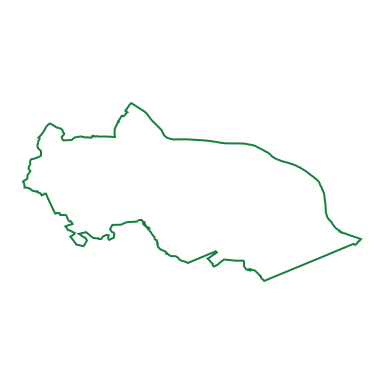 Ābeļu pag., Jekabpils, Latvia
{"feature_id": "27541924B70311937188190", "entity_name": "Ābeļu pag.", "entity_type": "district", "adm_level": 2, "iso_a3": "LVA", "parent_name": "Latvia", "parent_adm1": "Jekabpils", "projection": "natural_earth1", "projection_center": [25.924, 56.435], "detail": "fine", "context": "isolated", "style": "outline", "palette": "green", "viewbox_px": 384, "rotation_deg": 0, "n_neighbors": 0, "source": "geoboundaries", "source_scale": "gbopen_adm2", "svg_char_len": 5673}
<svg xmlns="http://www.w3.org/2000/svg" viewBox="0 0 384 384"><path d="M143.5,110.9L131.3,103.1L129.8,104.5L127.7,107.5L126.1,109.8L126.3,109.8L125.5,111.0L127.3,112.2L127.1,112.3L123.8,116.2L122.7,115.9L122.7,116.0L121.7,115.9L119.6,119.3L118.5,120.7L118.4,120.9L118.5,120.9L118.3,121.7L118.4,121.8L118.1,121.8L116.4,125.5L114.8,128.6L114.8,129.9L114.6,130.6L114.6,134.3L114.9,137.0L107.5,136.6L103.2,136.5L100.7,136.6L100.4,136.7L96.8,136.2L96.3,136.2L96.2,136.4L95.2,136.5L93.3,136.4L93.4,135.9L92.5,135.8L91.3,137.7L88.8,137.5L87.5,137.3L84.8,137.4L80.8,136.4L74.7,137.5L71.6,140.0L63.7,140.4L62.6,139.6L61.6,137.0L63.4,135.2L64.1,133.9L64.1,133.3L63.6,133.1L63.4,132.8L62.8,131.4L62.5,130.3L61.6,129.2L61.0,128.7L56.5,127.4L56.0,127.1L53.1,125.1L49.7,123.5L48.8,124.2L47.8,125.0L46.1,127.0L43.6,131.5L42.6,133.1L41.6,134.4L40.6,135.4L38.7,137.4L39.4,137.4L39.7,138.8L38.4,140.9L38.0,143.6L37.7,143.9L37.7,144.0L37.6,145.0L37.4,146.3L38.2,148.3L40.3,150.3L40.9,151.0L41.0,153.4L40.8,155.5L40.9,155.8L38.2,157.2L35.6,158.2L32.5,159.1L31.0,159.4L29.9,161.9L30.4,163.7L30.1,164.5L28.8,166.9L28.6,168.9L30.4,171.0L30.0,171.7L29.2,172.8L27.8,174.7L27.4,175.9L27.4,178.4L26.6,179.3L23.5,181.0L23.0,182.0L24.2,183.2L24.2,183.7L24.3,184.8L24.5,185.6L24.6,185.9L24.4,187.0L24.9,187.4L24.8,187.6L25.4,187.6L28.1,187.8L29.2,188.5L30.4,188.9L31.9,190.4L33.3,191.0L35.0,191.3L35.6,191.5L36.3,191.1L37.5,191.4L37.6,192.4L38.5,192.4L40.6,193.5L40.8,193.6L41.3,195.0L41.5,195.2L41.8,195.4L42.0,195.4L42.5,195.2L42.8,195.0L43.0,194.9L43.1,194.6L43.7,194.4L44.4,193.8L45.0,193.7L45.5,193.9L45.9,193.6L46.0,193.7L47.9,198.3L48.8,200.1L49.5,201.8L52.1,207.2L53.9,211.0L54.2,211.6L55.4,213.7L57.0,213.0L59.2,213.1L59.8,213.3L59.8,213.6L59.8,213.9L59.6,214.1L59.9,214.6L60.1,214.8L60.5,215.1L63.1,215.0L65.5,215.1L66.0,215.2L66.2,215.4L66.6,216.2L66.9,216.9L68.7,220.8L69.1,221.2L69.5,221.4L70.0,221.4L70.6,221.2L71.9,222.7L72.5,224.0L69.4,225.0L67.7,225.5L65.4,226.4L66.0,227.2L68.1,230.2L68.7,230.1L69.5,230.3L74.9,233.1L74.8,233.5L74.2,234.0L71.6,236.0L70.4,236.6L71.1,237.5L76.5,244.6L83.6,246.2L87.0,240.4L86.4,239.6L86.2,239.1L85.8,238.4L84.0,237.0L83.3,236.9L80.5,234.9L78.9,233.8L79.4,233.7L84.8,232.5L85.9,232.1L87.2,233.1L92.8,237.8L96.5,238.4L98.4,238.2L99.0,239.1L101.1,239.0L102.9,236.6L106.1,235.0L108.6,235.1L108.1,238.5L109.2,239.9L113.8,237.6L114.4,234.3L113.6,232.6L112.4,232.3L111.8,231.8L110.2,229.5L110.1,229.1L112.4,224.9L120.9,224.7L126.9,222.2L134.9,221.7L136.5,221.7L139.0,220.1L141.1,220.0L141.5,219.9L142.1,220.7L142.8,221.4L142.8,221.5L143.7,221.9L143.5,222.0L143.3,222.1L143.2,222.2L143.3,222.3L144.0,222.4L144.1,222.5L143.7,222.6L143.7,222.8L143.2,223.3L143.1,223.6L143.1,223.8L143.1,224.0L143.4,224.1L143.5,224.0L143.4,223.8L143.5,223.7L144.2,223.7L144.7,223.8L145.1,224.3L144.9,224.5L144.4,224.6L144.2,224.9L144.3,225.0L144.6,225.1L144.9,225.0L145.4,225.1L145.4,225.3L145.6,225.6L145.8,225.7L145.8,225.8L145.8,226.0L145.6,226.1L146.1,226.4L146.2,226.8L146.9,227.4L147.1,227.5L147.3,227.4L147.6,227.2L148.0,227.3L147.8,227.5L148.0,227.7L148.4,227.6L148.8,228.1L148.9,228.3L149.2,228.5L148.6,228.9L148.2,229.1L148.9,229.6L149.6,230.8L150.9,232.3L151.5,233.5L152.6,234.9L153.3,236.0L154.5,237.1L154.5,237.9L154.5,238.4L154.8,239.0L154.8,239.4L155.3,239.7L156.4,240.1L156.8,240.2L156.9,240.6L156.9,241.3L157.2,241.5L157.2,243.0L157.1,243.6L157.7,243.8L157.5,244.6L157.9,245.7L158.1,247.1L160.5,249.4L162.1,250.0L165.4,251.6L166.4,252.3L166.2,253.7L167.3,253.6L168.1,254.4L168.5,254.6L170.9,256.1L175.2,256.2L176.0,256.4L178.3,257.8L178.5,258.3L179.2,259.3L180.6,260.3L183.0,261.2L185.4,261.8L185.7,261.9L187.7,263.0L187.8,263.0L215.8,251.3L216.8,252.5L215.0,253.9L214.7,253.7L211.0,256.5L207.7,258.6L208.4,259.1L210.9,262.1L212.8,264.0L212.5,264.9L213.7,266.5L214.7,266.3L215.2,265.8L217.9,264.6L219.4,263.1L221.6,261.3L224.0,259.6L225.3,259.5L226.4,259.8L231.4,260.2L235.2,260.7L243.3,260.7L243.8,261.2L244.2,262.9L244.0,266.2L246.3,269.5L247.1,269.4L247.6,269.6L247.8,270.0L248.5,270.0L248.6,269.7L248.8,269.4L248.9,269.2L249.1,269.0L249.5,269.0L249.3,269.6L249.2,269.9L249.3,270.2L249.5,270.4L250.3,270.6L250.8,270.5L251.1,269.7L251.3,269.6L251.6,269.5L251.9,269.6L253.3,270.1L254.5,270.6L255.1,270.6L257.5,273.1L259.9,275.4L259.8,275.6L259.9,275.8L260.3,276.1L260.6,276.1L261.1,276.7L261.0,277.0L261.5,278.5L262.3,278.9L264.2,280.9L321.8,257.1L329.9,253.7L330.5,253.4L331.5,253.0L353.5,243.9L355.2,244.9L357.1,243.2L358.5,241.4L358.7,241.5L359.0,241.3L361.0,239.1L347.0,234.3L346.3,233.9L344.7,233.4L342.3,232.9L341.1,232.3L340.7,232.0L340.2,231.8L340.4,231.7L340.7,231.6L336.4,228.6L335.6,227.9L334.2,226.2L332.4,223.7L331.3,221.9L330.3,221.0L328.2,218.6L327.7,217.7L327.2,216.8L326.4,214.2L325.9,211.8L325.8,210.8L325.7,209.2L325.6,208.0L325.6,206.4L325.5,204.3L325.2,202.8L324.8,199.6L324.4,196.4L324.3,195.0L324.1,194.0L323.8,193.0L323.0,190.9L322.1,189.0L321.6,187.5L320.4,185.5L320.0,184.5L319.3,182.6L318.2,181.0L314.0,177.4L309.3,173.9L307.8,172.7L305.3,170.8L303.4,169.7L300.0,167.6L298.0,166.7L295.6,165.4L292.6,164.3L288.4,162.9L286.7,162.4L285.6,162.1L284.2,161.8L281.2,160.9L279.1,160.0L276.9,159.3L275.0,158.3L272.8,157.0L271.1,155.6L269.6,153.9L268.0,152.7L264.8,151.1L263.2,150.1L257.9,147.4L256.4,146.5L253.8,145.4L244.3,143.6L236.3,143.4L231.9,143.4L225.1,143.3L219.7,142.6L213.6,141.5L209.9,141.0L204.7,140.4L201.7,140.3L188.3,139.4L184.8,139.3L180.4,139.3L173.2,139.5L170.4,138.8L167.6,138.0L166.5,137.4L165.5,136.6L164.5,135.6L163.8,134.8L163.3,133.8L162.8,132.7L162.1,131.2L161.5,130.2L160.8,129.3L154.7,123.2L152.5,121.1L150.8,119.1L148.6,116.1L146.7,113.7L145.4,112.3L143.5,110.9Z" fill="none" stroke="#15803d" stroke-width="2"/></svg>